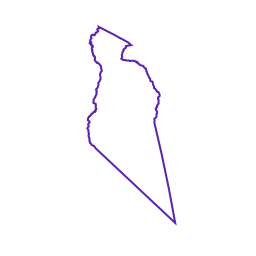 South Imenti, Eastern, Kenya (Robinson projection), rotated 251°
{"feature_id": "3690345B43224395015109", "entity_name": "South Imenti", "entity_type": "district", "adm_level": 2, "iso_a3": "KEN", "parent_name": "Kenya", "parent_adm1": "Eastern", "projection": "robinson", "projection_center": [37.719, -0.117], "detail": "fine", "context": "isolated", "style": "outline", "palette": "violet", "viewbox_px": 256, "rotation_deg": 251, "n_neighbors": 0, "source": "geoboundaries", "source_scale": "gbopen_adm2", "svg_char_len": 6058}
<svg xmlns="http://www.w3.org/2000/svg" viewBox="0 0 256 256"><g transform="rotate(251 128 128)"><path d="M22.9,141.7L56.7,146.8L91.5,151.2L124.8,154.7L125.8,155.4L126.1,155.5L126.8,155.5L127.8,155.8L128.3,156.1L128.4,156.4L128.5,156.9L128.8,157.8L129.4,158.5L129.8,158.8L131.1,159.2L132.0,159.6L132.3,159.9L132.5,160.3L132.9,160.5L134.3,160.8L135.0,160.5L135.4,160.5L136.2,160.5L136.8,160.4L137.3,160.5L137.4,160.9L137.7,161.3L138.1,161.5L138.3,161.9L138.4,162.4L138.7,162.6L139.2,162.6L139.6,162.7L140.0,163.0L140.2,163.4L140.3,163.8L140.9,164.6L141.4,164.7L141.6,165.1L142.1,165.2L142.5,165.2L143.1,165.5L143.7,165.6L144.3,166.0L144.8,166.2L145.2,166.1L145.5,165.9L146.0,165.9L146.8,166.2L147.2,166.5L147.4,166.8L147.4,167.4L147.6,167.9L147.9,168.3L148.8,168.6L149.3,168.8L150.0,168.7L150.4,168.5L150.9,168.5L151.3,168.5L151.7,168.6L152.1,168.5L152.3,168.3L152.5,167.9L152.5,167.6L152.8,167.4L153.1,167.2L153.5,167.0L153.8,167.0L154.1,167.1L154.5,167.1L155.1,166.7L155.8,166.6L156.2,166.5L156.5,166.3L156.9,165.8L157.4,165.6L157.9,165.7L158.5,166.1L158.8,166.1L159.4,166.0L160.4,165.8L160.8,165.8L161.4,165.8L161.7,165.9L163.0,166.3L163.5,166.3L164.0,166.1L164.4,165.3L164.8,164.8L165.5,164.6L165.8,164.6L166.9,164.8L167.3,165.0L167.6,165.0L168.4,164.5L168.9,164.3L170.4,164.4L170.8,164.4L171.1,164.2L172.1,164.2L172.8,163.9L173.4,163.9L173.8,164.1L174.9,164.1L175.5,163.9L175.9,163.8L176.7,164.1L177.6,164.2L178.2,164.2L178.5,164.1L178.5,163.7L179.5,163.3L179.9,163.0L180.3,162.9L181.4,162.7L181.8,162.5L182.9,160.8L183.3,160.4L183.5,160.0L183.8,159.7L184.2,159.7L184.4,159.4L185.4,159.0L185.8,158.5L186.1,158.1L186.5,158.0L186.9,158.4L187.2,158.4L187.5,158.1L187.9,157.8L188.0,157.4L188.1,156.9L188.6,156.8L188.9,156.4L189.5,155.9L189.6,155.4L189.7,154.9L189.9,154.4L190.2,154.0L190.4,153.6L190.5,153.1L190.6,152.7L190.6,151.7L190.9,151.4L191.2,151.3L191.7,150.6L191.8,150.0L192.1,149.1L192.7,148.2L193.0,147.5L193.3,147.1L193.5,146.6L193.6,146.3L194.2,145.2L194.7,145.1L195.2,144.5L195.5,144.3L195.8,144.3L195.9,144.8L196.4,145.0L197.1,145.7L197.6,145.7L198.0,145.7L198.3,145.8L198.9,145.8L199.6,146.5L200.7,147.0L201.1,147.3L201.5,147.4L201.7,147.7L201.8,148.1L202.0,148.4L202.4,148.5L202.6,149.0L203.8,149.3L203.9,149.6L203.9,150.0L204.0,150.3L204.4,151.2L204.4,151.7L204.6,152.1L205.1,152.1L205.3,152.4L205.7,152.4L206.0,152.6L206.2,152.9L205.9,153.9L205.9,154.8L205.8,155.9L205.3,157.4L205.3,157.9L205.6,157.6L207.0,157.1L208.2,156.3L209.2,155.7L213.6,151.7L216.1,149.3L218.3,147.4L221.1,144.9L223.2,142.8L225.9,140.2L233.1,133.3L232.7,133.3L231.9,133.6L231.6,133.3L231.7,132.9L231.9,132.5L231.8,131.9L231.6,131.4L231.3,131.0L230.8,131.0L230.2,131.2L229.9,131.4L229.5,131.5L229.2,131.3L229.1,130.8L228.5,129.8L228.7,129.5L228.8,129.1L228.7,128.7L228.5,128.3L228.2,128.1L227.9,128.1L227.7,127.8L227.3,127.5L227.1,127.1L226.8,126.9L226.6,126.5L226.6,126.1L226.8,125.8L227.2,125.7L227.5,125.5L227.7,125.0L227.8,124.6L227.6,124.3L227.3,123.4L227.1,123.1L226.8,123.1L226.0,122.6L225.7,122.5L225.1,122.8L224.7,122.7L224.5,122.3L224.3,121.7L223.9,121.5L223.5,121.0L223.3,120.7L223.0,120.6L222.5,120.6L222.1,120.8L221.2,121.2L221.0,120.8L221.1,120.5L221.1,120.1L221.0,119.6L220.7,119.3L220.4,119.4L220.1,119.8L219.5,120.1L219.4,120.4L219.3,120.7L219.0,120.7L218.7,120.5L218.5,120.2L218.1,120.5L217.9,120.8L217.6,120.5L217.2,120.6L217.2,121.1L216.8,121.4L216.4,121.1L216.0,121.0L215.8,120.2L215.3,119.7L214.8,119.7L214.4,119.7L214.0,119.4L213.6,119.5L213.3,119.7L213.0,119.6L212.8,119.3L212.4,119.2L212.1,119.3L211.7,119.3L211.5,119.0L211.0,119.1L210.3,119.2L209.9,119.1L209.5,119.1L209.2,118.9L208.8,118.8L207.6,119.0L207.1,119.5L206.8,119.3L206.5,119.7L206.1,119.8L205.7,119.9L205.4,119.8L205.1,119.7L204.8,119.5L204.5,119.2L203.7,119.0L203.3,118.6L202.9,118.7L202.6,119.0L202.1,119.1L201.8,119.0L201.3,119.0L200.9,119.4L200.5,119.7L199.8,119.8L199.6,120.2L199.6,120.6L199.1,120.5L198.5,121.2L198.3,121.5L197.9,121.8L197.4,121.8L196.4,122.2L196.2,122.3L195.8,122.3L195.5,122.5L195.0,122.5L194.7,122.2L194.3,122.1L193.8,122.3L193.4,122.3L192.3,121.8L191.9,121.9L191.6,121.9L191.0,122.0L190.6,121.9L190.2,121.5L190.0,121.1L189.8,120.6L189.4,120.3L189.1,120.1L188.8,119.8L188.6,119.4L188.2,119.1L187.4,119.0L186.4,118.7L185.6,118.6L183.2,118.0L182.6,117.3L181.1,115.9L180.6,115.0L180.4,114.7L180.0,114.5L179.4,114.4L178.3,114.1L178.0,113.9L177.5,113.4L177.1,113.2L176.6,112.9L176.3,112.6L175.7,111.8L175.4,111.4L175.2,111.0L175.1,110.6L174.7,110.2L173.1,110.4L172.6,110.4L172.4,110.0L172.1,109.7L171.8,109.8L171.3,109.7L170.8,109.4L170.4,109.3L170.1,109.2L169.6,108.4L169.2,108.1L168.9,108.0L168.6,107.7L168.2,107.1L167.8,107.0L167.5,106.5L167.2,106.3L166.3,105.1L165.6,104.4L164.8,104.3L164.5,104.2L164.2,103.9L163.9,103.8L163.6,103.9L163.2,103.9L162.8,103.6L162.3,104.1L162.1,104.4L161.9,104.6L161.7,105.0L161.4,105.3L160.7,105.2L160.2,105.1L159.9,104.7L159.3,104.7L159.0,104.6L158.6,104.4L158.1,104.3L157.7,104.1L157.4,104.1L157.1,104.2L156.8,104.4L156.4,104.3L156.2,104.0L155.9,103.8L155.6,102.8L155.1,102.8L155.0,103.1L154.5,102.8L154.2,102.6L154.1,102.2L154.0,101.9L154.4,101.1L154.3,100.6L153.6,100.0L153.4,99.5L153.3,98.2L153.0,98.1L152.6,97.8L152.4,97.1L152.1,96.8L151.9,96.4L151.5,94.8L151.1,94.7L150.8,94.4L150.6,93.9L149.9,93.2L149.3,92.9L148.8,92.8L148.5,92.6L148.1,92.7L147.9,92.9L147.6,93.2L146.7,93.6L146.4,93.7L146.0,93.6L145.6,93.3L145.5,92.8L145.3,92.4L144.7,91.8L144.4,91.7L144.1,91.4L143.8,91.6L143.0,91.5L142.5,91.4L142.1,91.2L142.0,90.9L141.5,89.9L141.1,89.7L140.7,89.4L140.2,89.5L139.8,89.8L139.3,89.9L138.9,89.9L138.5,89.8L137.7,89.4L137.4,89.3L136.9,89.4L136.5,89.2L136.1,89.2L135.6,89.2L135.3,89.2L135.0,89.2L134.7,89.0L134.5,88.7L133.8,88.2L133.5,88.1L133.1,88.1L132.8,88.2L132.3,88.2L131.9,88.0L130.9,88.3L130.5,88.1L130.1,87.8L129.3,87.9L128.7,87.4L128.4,87.3L128.0,87.3L127.7,87.3L127.0,87.6L126.4,87.2L126.0,87.3L125.7,87.7L125.3,87.9L124.7,88.0L124.3,87.9L124.0,88.1L122.9,89.0L122.6,89.5L122.3,89.9L121.7,90.0L121.3,90.3L121.0,90.3L120.1,90.6L119.7,90.6L22.9,141.7Z" fill="none" stroke="#5b21b6" stroke-width="2"/></g></svg>